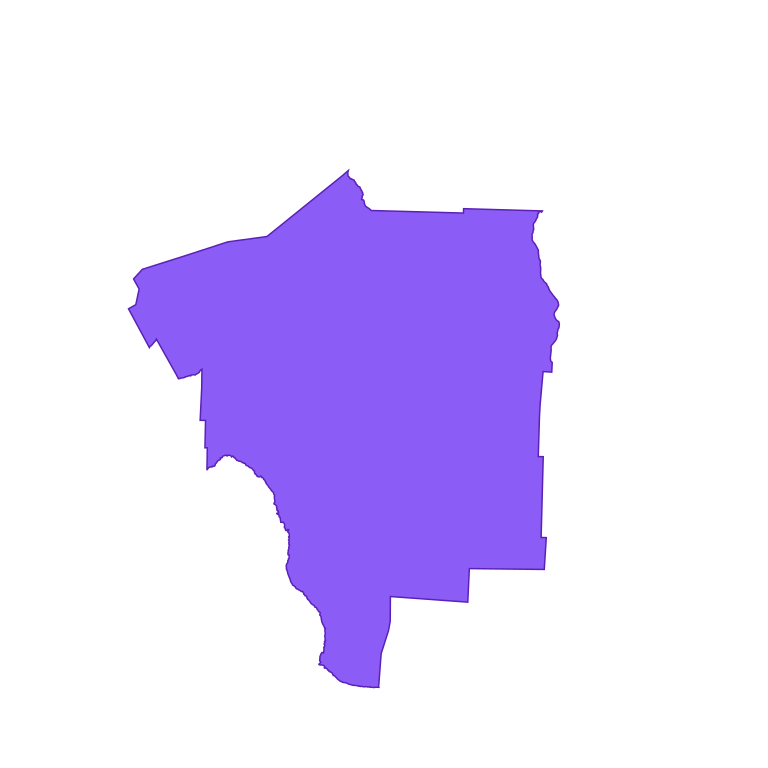 the district of Pergamino, Buenos Aires, Argentina, rotated 229°
{"feature_id": "61730980B1305894445547", "entity_name": "Pergamino", "entity_type": "district", "adm_level": 2, "iso_a3": "ARG", "parent_name": "Argentina", "parent_adm1": "Buenos Aires", "projection": "orthographic", "projection_center": [-60.595, -33.858], "detail": "fine", "context": "isolated", "style": "filled", "palette": "violet", "viewbox_px": 768, "rotation_deg": 229, "n_neighbors": 0, "source": "geoboundaries", "source_scale": "gbopen_adm2", "svg_char_len": 6171}
<svg xmlns="http://www.w3.org/2000/svg" viewBox="0 0 768 768"><g transform="rotate(229 384 384)"><path d="M435.1,193.8L435.6,194.8L435.6,195.6L435.9,196.3L435.8,197.0L435.3,198.5L434.3,199.7L434.2,200.0L434.5,200.3L434.4,200.9L433.5,201.5L433.2,202.7L434.3,204.4L434.3,205.2L435.0,208.3L434.4,211.0L435.6,212.1L435.4,212.7L435.0,212.8L434.7,213.3L434.6,213.7L435.2,214.8L435.2,215.4L434.4,216.9L434.3,217.5L433.9,218.3L433.7,218.4L432.9,218.2L432.6,218.4L432.4,219.6L431.8,220.5L430.3,221.3L428.9,221.1L428.7,222.7L428.2,222.9L426.5,222.5L425.9,223.1L423.1,222.8L422.9,223.1L421.1,223.8L419.4,225.2L417.5,225.6L416.8,226.2L416.0,226.3L415.6,226.9L415.2,227.1L414.1,226.7L412.9,226.6L411.0,227.7L409.4,227.7L407.2,228.9L404.0,228.8L403.3,229.1L401.9,228.0L401.5,227.9L400.4,227.7L399.1,228.1L397.8,227.7L397.4,228.0L397.1,227.9L396.6,228.3L396.2,228.4L395.4,229.3L395.4,230.1L395.3,230.7L395.0,230.8L393.6,230.4L392.8,231.0L392.0,231.1L390.8,230.6L390.3,230.8L389.5,230.8L388.1,230.4L387.3,230.5L387.2,230.1L385.5,229.7L383.6,229.9L382.1,229.4L378.9,229.4L377.2,229.0L376.7,229.2L375.0,229.3L374.1,229.1L373.2,228.6L372.3,228.5L371.4,228.0L371.2,227.6L369.9,226.5L366.7,224.4L366.4,223.9L366.3,222.8L365.9,222.5L365.1,222.3L364.3,222.9L363.2,222.9L361.9,222.6L360.9,221.6L359.9,221.5L359.7,220.9L358.9,220.4L358.4,220.4L357.9,220.9L357.3,220.4L356.6,220.5L356.1,220.1L356.0,219.8L356.6,218.8L356.7,218.4L356.5,218.0L355.4,218.2L355.0,218.8L354.3,218.8L353.1,218.2L352.6,217.7L351.6,218.1L347.4,215.4L346.5,216.2L346.2,216.8L345.8,217.1L344.5,217.2L343.1,216.7L342.2,216.1L341.8,215.3L340.9,214.6L340.0,214.8L338.9,214.1L338.0,213.8L337.6,214.0L337.3,214.6L337.4,215.9L337.2,216.2L336.4,216.5L336.1,216.1L335.8,214.5L335.3,214.3L333.5,214.4L332.6,213.8L331.0,212.5L330.9,212.1L331.2,211.8L331.1,211.6L330.6,211.5L330.5,211.9L329.6,211.1L328.9,210.1L328.9,209.6L327.5,209.3L326.5,207.8L325.5,207.4L325.2,206.9L324.7,206.8L324.5,207.0L324.3,206.7L323.3,205.0L322.4,204.5L321.5,202.9L321.0,202.3L320.7,202.3L319.4,200.5L318.5,200.0L318.1,199.6L317.4,200.2L316.9,200.2L316.6,199.6L315.0,198.4L314.9,198.0L314.9,197.3L314.5,197.1L314.1,196.5L313.7,195.3L312.8,194.9L311.8,192.0L310.8,190.8L309.9,190.3L308.2,188.8L306.9,188.6L303.3,186.7L300.9,186.0L300.6,185.7L300.0,185.7L298.8,185.1L298.1,185.0L296.5,184.1L294.6,183.6L293.5,183.6L292.3,183.1L291.2,183.6L289.7,183.7L289.0,184.0L288.2,183.6L287.0,183.6L286.3,183.9L286.1,184.3L285.0,184.4L283.3,185.2L281.7,185.4L281.0,186.4L280.6,186.6L280.2,186.3L278.6,186.2L278.5,185.8L278.2,185.6L277.3,185.7L276.1,185.5L274.8,186.3L273.6,185.7L271.6,185.1L270.0,185.5L269.4,185.3L267.7,185.3L267.2,185.0L264.5,185.2L263.4,185.8L261.8,185.8L260.8,185.5L260.2,186.1L259.4,186.2L258.9,186.2L257.8,185.7L256.3,185.7L255.4,185.4L253.2,185.9L251.9,184.0L249.7,183.9L248.3,182.8L245.2,181.0L244.4,180.9L243.6,180.4L240.6,179.8L239.5,179.4L239.1,179.6L238.8,179.4L238.8,179.1L238.4,179.0L238.1,179.4L237.8,179.4L237.1,177.9L234.1,175.9L232.6,173.8L231.2,173.1L229.7,171.8L228.8,171.6L228.8,170.4L228.7,170.1L227.7,170.1L227.4,169.4L227.4,168.6L227.0,168.2L226.2,168.3L224.8,166.9L224.9,166.3L224.7,165.7L223.0,164.6L221.6,162.9L220.7,162.2L220.8,161.7L221.2,161.4L221.6,161.4L222.1,161.0L221.6,159.2L220.0,156.4L218.8,155.7L218.7,155.1L218.4,154.7L217.8,154.5L217.5,154.0L217.0,153.8L215.8,153.9L215.5,153.8L215.3,153.0L215.4,151.6L215.0,150.9L214.0,151.3L212.8,152.7L211.2,153.8L210.5,154.0L209.5,153.8L209.2,152.9L208.6,152.7L207.8,153.8L205.8,154.2L205.4,153.9L205.0,153.9L203.6,154.5L203.2,154.0L202.5,154.2L200.9,155.2L199.7,155.1L199.3,155.3L198.6,154.9L197.3,154.5L197.2,154.9L196.7,155.2L191.4,155.4L187.9,156.1L187.2,156.8L186.1,157.0L184.8,158.0L184.5,158.4L182.7,159.7L180.5,160.5L179.4,161.4L177.3,162.6L173.8,166.0L172.7,166.4L171.9,167.5L171.2,167.7L170.7,168.7L169.1,169.7L167.0,172.3L165.9,173.0L165.4,174.1L164.5,174.3L163.8,175.2L161.6,177.2L160.4,179.0L158.5,181.1L158.9,181.2L182.4,205.0L194.9,225.6L200.9,233.1L219.4,249.4L164.4,304.1L188.7,327.3L138.9,383.3L161.6,405.7L165.1,401.9L224.7,456.5L228.0,452.8L256.7,479.3L265.2,487.5L289.0,512.2L282.9,518.4L289.9,525.1L291.4,524.9L292.3,525.1L294.3,526.4L299.7,532.2L302.5,534.5L303.2,535.5L304.1,541.2L304.9,543.8L306.9,546.9L308.6,547.9L309.2,548.6L311.1,551.3L311.5,552.1L311.5,552.7L313.7,555.2L314.4,555.8L316.4,556.8L318.1,556.3L319.6,556.1L322.4,556.8L324.6,557.7L325.7,558.8L326.5,560.5L327.0,563.0L327.9,565.4L328.4,566.0L328.5,567.0L329.3,567.8L331.4,569.0L333.4,569.7L334.2,569.6L335.2,569.8L335.7,569.4L337.6,569.8L339.8,569.8L345.8,570.3L349.9,571.7L351.3,571.7L353.0,572.5L356.1,572.0L359.1,572.5L360.1,572.2L361.6,572.5L363.9,574.2L364.8,574.7L368.6,578.3L371.9,580.2L372.8,581.4L374.0,582.6L375.4,583.1L376.6,583.1L378.5,584.4L379.0,584.5L379.6,585.2L380.6,585.7L383.8,588.3L390.3,589.8L393.9,589.9L395.6,590.4L397.7,592.3L399.6,593.6L400.1,594.6L400.4,595.5L401.8,597.1L402.3,598.3L406.4,601.3L407.0,602.3L407.6,605.2L408.8,607.8L409.2,609.4L410.0,610.0L410.5,610.8L411.2,611.0L411.4,611.6L411.3,612.5L412.1,613.1L411.9,614.2L412.0,614.8L411.7,615.2L410.4,615.5L410.4,616.3L410.7,617.1L464.1,559.1L460.9,556.1L523.4,488.1L525.5,488.0L530.3,486.7L532.3,487.3L535.7,489.2L536.4,489.2L537.1,488.8L537.5,488.3L538.2,488.3L539.0,489.8L540.3,491.1L540.2,491.7L540.9,492.7L541.9,492.9L542.4,493.4L543.1,493.4L544.2,494.0L544.9,493.9L548.6,495.0L550.3,494.1L552.1,494.3L552.9,494.0L553.6,494.4L554.9,494.8L556.3,494.8L557.4,495.2L559.6,494.1L560.1,494.2L560.9,493.3L561.3,493.2L562.2,493.5L564.5,493.3L567.1,495.1L568.5,497.1L568.6,487.7L572.1,392.4L593.7,359.5L612.1,316.1L629.1,276.9L627.6,263.9L616.3,261.5L606.7,248.7L608.4,240.5L565.4,230.8L565.9,232.1L565.6,233.6L566.3,237.8L566.5,238.7L566.4,239.5L566.6,240.5L567.1,241.1L567.3,241.7L526.7,233.3L522.8,232.3L521.9,233.8L521.7,234.7L520.2,236.8L520.0,237.6L519.6,238.1L519.8,238.8L518.6,240.8L518.4,242.0L517.9,242.4L517.8,242.9L516.9,243.5L517.2,244.2L517.1,244.6L515.6,246.8L514.8,247.2L514.6,247.6L514.8,248.3L514.2,250.1L514.0,252.1L514.6,253.7L514.8,254.8L514.6,256.3L500.8,244.0L477.2,221.4L473.6,225.4L453.3,207.0L451.8,208.8L435.1,193.8Z" fill="#8b5cf6" stroke="#5b21b6" stroke-width="1.5"/></g></svg>